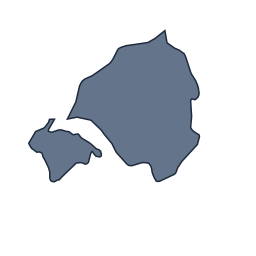 SVG path tracing the border of Obwalden, rotated 138°
{"feature_id": "CHE-3427", "entity_name": "Obwalden", "entity_type": "Canton", "adm_level": 1, "iso_a3": "CHE", "parent_name": "Switzerland", "parent_adm1": "", "projection": "albers", "projection_center": [8.312, 46.869], "detail": "fine", "context": "isolated", "style": "filled", "palette": "slate", "viewbox_px": 256, "rotation_deg": 138, "n_neighbors": 0, "source": "natural_earth", "source_scale": "10m", "svg_char_len": 1766}
<svg xmlns="http://www.w3.org/2000/svg" viewBox="0 0 256 256"><g transform="rotate(138 128 128)"><path d="M167.1,175.2L149.4,182.2L135.8,191.7L131.3,193.4L127.4,193.3L119.5,190.8L98.3,188.2L93.5,189.1L83.9,192.8L81.8,193.3L78.7,192.4L73.9,190.2L69.7,187.3L56.0,178.2L48.2,176.5L35.4,175.7L42.0,165.2L39.9,156.0L37.9,151.7L36.6,145.5L37.5,142.4L44.6,126.3L46.1,117.8L47.6,113.5L49.0,110.6L51.9,106.3L53.6,104.9L55.6,104.1L57.9,104.0L59.2,104.2L59.9,104.9L60.5,106.3L61.4,106.9L63.2,106.4L72.9,94.1L81.1,86.5L81.7,83.5L81.3,80.6L79.8,75.3L80.7,73.7L87.5,69.3L110.0,67.2L116.8,65.5L119.2,64.5L121.3,63.2L123.1,62.6L124.7,62.6L140.2,67.3L141.5,68.2L142.6,69.7L141.9,72.8L141.2,75.2L140.1,78.0L139.0,80.0L137.7,81.9L136.7,83.9L136.1,87.9L138.2,90.5L140.6,92.8L150.2,97.3L152.2,99.2L153.0,101.6L153.0,117.5L152.4,120.2L150.4,127.0L149.9,139.0L149.3,144.6L150.3,158.6L158.7,170.2L167.1,175.2ZM180.5,187.0L176.7,183.7L188.3,180.0L189.2,178.9L188.4,176.9L187.2,175.7L180.9,173.0L179.3,171.7L178.1,170.1L176.5,167.3L175.2,165.8L174.6,165.0L174.2,164.3L174.0,163.4L173.6,160.8L173.1,159.6L170.0,157.7L169.0,156.8L169.0,155.2L169.3,153.2L169.1,151.2L166.8,143.7L166.2,140.9L165.5,133.9L164.1,131.1L163.9,129.1L165.4,126.2L167.1,125.0L168.5,125.5L170.7,128.5L170.7,130.8L170.6,132.5L170.3,133.8L170.3,134.4L171.1,134.6L172.6,134.1L180.3,129.0L182.2,128.9L184.0,129.7L185.6,133.3L189.8,136.6L209.5,135.9L213.8,135.5L215.2,136.5L218.6,137.3L219.7,138.3L220.4,139.6L220.6,140.6L220.1,142.1L219.0,143.9L215.9,147.2L213.7,151.4L211.4,159.0L210.5,163.3L208.7,166.8L209.7,169.2L210.7,170.2L211.9,170.9L212.3,172.3L212.6,174.3L213.3,177.3L212.8,180.3L212.0,183.1L198.9,187.2L190.8,184.3L188.7,184.3L183.3,185.4L180.5,187.0Z" fill="#64748b" stroke="#1e293b" stroke-width="1.5"/></g></svg>